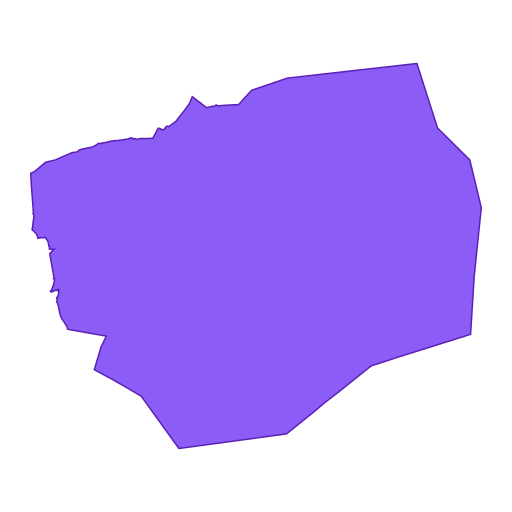 outline of Snåase sma 1, Nord-Trøndelag, Norway
{"feature_id": "86288312B29366905893457", "entity_name": "Snåase sma 1", "entity_type": "district", "adm_level": 2, "iso_a3": "NOR", "parent_name": "Norway", "parent_adm1": "Nord-Trøndelag", "projection": "orthographic", "projection_center": [12.115, 64.195], "detail": "fine", "context": "isolated", "style": "filled", "palette": "violet", "viewbox_px": 512, "rotation_deg": 0, "n_neighbors": 0, "source": "geoboundaries", "source_scale": "gbopen_adm2", "svg_char_len": 4767}
<svg xmlns="http://www.w3.org/2000/svg" viewBox="0 0 512 512"><path d="M286.5,433.9L315.1,410.9L324.3,403.0L339.1,391.6L371.3,365.8L381.8,362.5L396.2,357.7L426.9,348.1L445.5,342.2L452.7,340.0L470.6,334.3L474.2,276.4L481.3,207.6L469.8,159.9L437.6,128.1L416.9,63.5L357.2,70.2L287.3,78.1L251.8,90.2L249.8,92.3L243.1,99.5L240.7,102.3L238.7,104.5L237.0,104.7L233.7,104.8L222.8,105.4L220.4,105.7L219.0,105.7L217.3,105.8L216.5,105.1L216.1,104.9L215.5,105.6L215.3,105.9L212.9,106.2L206.4,107.6L201.0,103.3L192.3,96.7L190.0,102.2L189.1,104.1L188.0,105.5L187.2,106.7L183.5,111.7L182.9,112.3L176.0,121.2L168.8,126.6L168.7,126.4L167.8,126.3L167.4,126.1L166.4,126.5L165.8,126.9L165.6,127.2L165.5,127.5L165.3,127.7L165.2,127.9L165.1,128.0L165.2,128.4L164.9,128.6L164.8,128.9L164.5,129.2L164.3,129.3L164.1,129.4L163.5,129.5L162.8,129.9L162.1,130.1L161.7,129.6L161.7,129.4L161.1,129.2L160.9,129.0L160.4,128.7L160.2,128.5L158.2,128.2L152.7,138.4L147.4,138.4L146.0,138.6L140.9,138.4L136.4,139.5L136.1,139.2L135.9,139.1L135.6,138.8L135.4,138.7L135.0,138.7L134.8,138.8L134.4,138.5L134.1,138.5L133.8,138.7L133.3,138.8L132.6,138.8L132.3,138.6L132.0,138.3L131.7,138.1L131.0,138.0L130.5,138.3L130.4,138.2L130.6,138.0L130.2,138.1L129.6,138.2L129.4,138.5L129.1,138.4L128.6,138.8L128.3,138.8L128.2,138.9L127.9,139.0L127.1,139.2L126.9,139.2L126.6,139.3L126.1,139.3L125.9,139.3L124.4,139.4L123.2,139.8L119.7,140.3L119.0,140.3L117.3,140.6L115.5,140.6L115.1,140.5L114.7,140.7L114.1,140.7L113.7,140.8L112.2,140.9L110.3,141.3L109.7,141.5L108.7,141.7L108.3,141.9L107.7,141.9L106.9,142.2L106.3,142.3L106.1,142.5L105.9,142.4L105.7,142.4L105.4,142.6L104.9,142.6L103.7,142.7L102.8,143.0L102.2,143.0L101.9,143.3L101.4,143.5L101.2,143.3L101.1,143.2L100.8,143.4L100.1,143.6L98.2,143.3L97.1,144.5L92.4,147.0L81.6,149.2L78.8,150.2L77.4,151.9L72.2,152.6L63.0,156.5L55.5,159.9L45.5,162.3L34.9,171.2L33.0,172.3L30.7,173.3L31.3,184.4L31.4,185.8L33.3,211.2L33.2,211.4L33.2,211.7L33.3,212.0L33.4,212.6L33.4,213.1L33.4,213.3L33.4,213.7L33.1,213.9L33.2,214.0L33.4,214.5L33.5,214.8L34.0,215.3L34.2,215.6L34.2,216.0L33.9,216.6L33.8,217.1L33.8,217.3L33.7,217.6L33.6,218.1L33.6,218.6L33.6,218.9L33.6,219.3L33.5,219.6L33.5,219.8L33.4,220.0L33.3,220.5L33.3,221.0L33.2,221.4L33.1,221.5L33.1,221.9L33.1,222.0L33.0,222.4L33.1,222.6L33.2,222.8L33.2,223.1L33.0,223.4L33.0,223.8L33.0,224.1L32.9,224.2L32.9,224.5L32.7,225.0L32.7,225.5L32.7,225.8L32.9,226.2L32.9,226.3L32.7,226.5L32.5,227.0L32.4,227.3L32.3,228.2L32.4,228.3L32.4,228.5L32.2,228.7L32.2,228.9L32.1,229.0L32.1,229.4L32.3,229.8L32.3,230.0L33.0,230.4L35.5,233.0L36.1,233.7L37.2,235.7L37.6,236.9L37.6,237.5L37.9,238.4L39.3,238.0L41.1,237.7L42.7,237.8L43.6,237.7L45.2,237.2L45.8,238.4L46.1,238.9L46.4,239.2L47.2,240.2L47.6,240.9L48.1,241.9L48.3,242.9L48.6,244.9L48.8,245.1L48.8,245.3L48.9,245.5L49.0,245.8L48.8,246.0L48.9,246.4L49.4,247.1L49.6,247.6L49.5,248.0L49.5,248.3L49.4,248.4L49.5,248.7L49.4,248.9L49.4,249.0L50.2,249.0L50.3,249.1L50.4,249.3L50.7,249.4L50.9,249.3L54.1,249.2L49.7,253.6L53.9,277.3L53.8,277.6L53.7,277.8L53.7,278.0L53.6,278.4L53.5,278.6L54.2,278.8L54.2,279.0L54.3,279.1L54.7,279.1L54.5,279.6L54.4,279.6L54.4,279.9L54.5,280.1L54.5,280.3L54.3,280.6L54.4,280.8L54.4,281.2L54.2,281.7L54.2,282.0L54.0,282.7L54.0,282.8L53.8,283.2L53.8,283.5L53.8,283.8L53.6,284.1L53.6,284.3L53.5,284.6L53.7,285.0L53.4,285.2L53.4,285.7L53.5,285.8L53.3,286.0L52.9,286.3L52.7,286.4L52.7,286.7L52.8,286.8L52.7,287.5L52.4,287.7L52.4,287.9L52.4,288.0L52.4,288.3L52.2,288.4L52.1,288.7L52.0,288.8L52.2,289.1L52.0,289.3L52.0,289.5L51.9,289.6L51.8,289.8L51.6,290.1L51.7,290.4L51.6,290.5L51.4,290.3L51.2,290.5L51.2,290.8L51.0,291.0L50.8,291.0L50.9,291.3L50.5,291.3L50.6,291.6L50.9,291.7L51.1,291.6L51.2,291.8L51.3,291.7L51.4,291.8L51.8,291.9L52.3,291.7L52.2,291.6L52.3,291.4L52.6,291.4L53.1,291.1L53.6,291.2L54.2,290.9L55.1,290.5L55.4,290.3L55.5,290.4L55.8,290.4L56.0,290.3L56.3,290.5L56.5,290.4L56.8,290.4L56.7,290.3L56.7,290.2L57.1,290.1L57.3,290.1L57.6,289.9L57.8,289.9L57.9,289.6L58.1,289.5L58.6,289.3L58.8,289.3L58.9,289.6L58.9,289.8L58.6,290.0L58.6,290.3L58.7,290.5L58.6,290.9L58.6,291.3L58.6,291.8L58.7,292.0L58.6,292.5L58.6,293.1L58.5,293.4L58.5,294.0L58.4,294.2L58.2,295.4L58.1,295.6L57.9,295.9L58.0,295.9L57.9,296.1L57.7,296.6L57.7,296.8L57.7,297.1L57.4,297.3L57.2,297.5L56.8,297.6L56.9,298.0L56.8,298.3L57.0,298.6L57.0,298.9L57.1,299.0L57.2,299.3L57.2,299.5L57.1,299.9L57.0,300.3L56.9,300.8L56.9,301.0L56.8,301.5L56.6,301.8L56.6,302.0L56.9,302.0L57.1,302.1L58.4,306.3L60.0,314.5L61.4,318.0L67.0,326.6L67.5,329.3L106.3,336.1L101.3,346.5L101.1,346.8L94.3,369.7L98.6,372.0L103.7,374.8L107.3,376.7L113.1,379.8L116.6,381.9L130.2,389.7L141.2,396.2L150.7,409.4L161.1,423.8L162.8,426.2L178.9,448.5L271.0,436.0L286.5,433.9Z" fill="#8b5cf6" stroke="#5b21b6" stroke-width="1.5"/></svg>